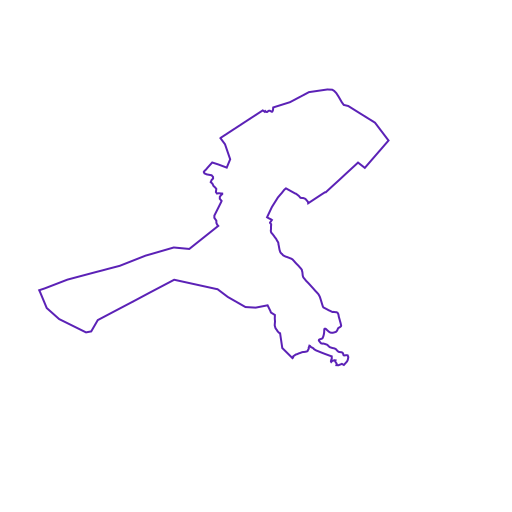 the district of Al Mashannah, Ibb, Yemen, rotated 132°
{"feature_id": "15242507B63315911635783", "entity_name": "Al Mashannah", "entity_type": "district", "adm_level": 2, "iso_a3": "YEM", "parent_name": "Yemen", "parent_adm1": "Ibb", "projection": "mercator", "projection_center": [44.185, 13.954], "detail": "fine", "context": "isolated", "style": "outline", "palette": "violet", "viewbox_px": 512, "rotation_deg": 132, "n_neighbors": 0, "source": "geoboundaries", "source_scale": "gbopen_adm2", "svg_char_len": 5852}
<svg xmlns="http://www.w3.org/2000/svg" viewBox="0 0 512 512"><g transform="rotate(132 256 256)"><path d="M82.8,287.8L85.0,291.9L84.3,295.2L82.3,301.3L81.2,305.4L81.0,308.3L81.4,310.6L84.5,314.4L98.8,326.3L119.0,333.7L132.2,341.5L134.1,342.6L135.8,341.3L136.5,340.9L137.8,340.5L138.1,340.6L138.3,340.9L138.4,341.4L138.5,341.7L138.7,342.7L138.9,343.1L139.7,343.8L140.2,343.9L141.2,344.0L141.7,344.2L142.1,345.0L142.1,346.1L143.0,346.0L143.3,348.4L156.7,352.0L191.7,361.3L192.2,361.3L193.7,353.8L201.4,339.9L209.9,336.9L213.2,345.3L215.8,351.1L218.4,351.1L222.8,351.1L225.3,351.0L227.2,351.2L228.5,351.0L229.1,349.6L228.3,347.2L225.7,343.0L226.0,340.8L227.2,339.7L228.9,339.9L231.4,339.1L231.4,336.8L232.4,334.4L232.4,332.2L232.7,330.4L235.3,328.6L235.7,326.8L234.2,325.6L233.2,324.2L232.2,322.9L232.6,322.5L234.4,322.7L236.2,322.5L237.7,321.2L238.1,318.4L239.6,317.9L245.7,316.2L253.8,314.0L255.5,312.5L256.3,309.1L257.9,307.6L258.7,305.8L258.9,304.2L295.4,310.3L304.7,322.8L325.0,335.4L329.6,338.3L352.1,349.5L354.5,350.7L364.8,357.5L369.6,360.6L374.1,363.6L386.2,371.5L399.7,380.3L421.4,391.3L426.5,394.2L427.3,392.3L434.7,376.7L434.6,360.1L426.5,331.2L422.3,328.0L409.5,330.7L391.0,323.9L369.9,316.1L354.4,310.5L328.4,300.9L324.8,294.6L307.0,263.3L306.4,262.4L305.3,249.5L301.0,229.7L294.6,221.7L284.9,214.4L287.2,208.6L288.0,207.1L287.2,202.5L288.0,201.8L289.8,200.3L292.1,197.9L292.7,197.5L294.9,195.8L295.5,195.0L296.6,193.2L296.8,192.4L297.1,190.8L297.4,190.0L297.6,188.6L297.6,187.0L297.3,186.4L301.6,181.2L306.8,174.9L307.5,160.6L307.3,160.6L306.9,160.5L306.6,160.5L306.4,160.7L306.4,161.0L306.2,161.1L305.7,161.2L305.0,161.1L304.5,160.9L303.9,160.8L303.4,160.7L302.9,160.5L302.3,160.4L302.0,160.1L301.6,159.9L301.2,159.6L300.6,159.4L299.9,159.1L299.5,158.9L298.7,158.4L297.3,157.7L296.7,157.4L296.1,157.0L295.6,156.5L295.4,156.3L295.0,155.9L294.6,155.6L294.4,155.4L294.2,155.3L293.8,155.0L293.3,154.6L293.0,154.4L292.8,154.3L292.6,154.2L292.3,154.2L292.0,154.1L291.7,154.2L291.3,154.4L290.9,154.5L290.6,154.5L290.3,154.6L290.0,154.7L289.6,154.8L289.4,154.9L289.2,155.1L289.0,155.4L288.8,155.5L288.6,155.6L288.3,155.7L288.1,155.8L287.9,155.8L287.4,156.0L287.1,156.2L286.9,156.3L286.7,155.8L286.9,154.1L286.5,152.9L286.3,152.0L286.2,151.5L286.4,150.9L286.4,150.6L286.3,150.0L286.1,148.8L285.9,148.0L285.8,147.7L285.4,146.7L284.4,143.9L283.5,141.5L282.7,139.4L280.9,134.9L279.9,132.6L281.7,130.9L282.4,130.8L283.1,130.4L284.0,130.0L284.3,129.6L284.4,129.2L283.8,129.2L282.8,129.1L282.6,128.9L281.0,128.0L280.7,127.6L280.4,127.1L281.2,126.9L281.7,125.5L281.9,124.5L282.3,123.7L283.3,123.2L282.1,121.7L279.0,120.1L278.7,120.0L278.2,117.8L273.4,117.8L271.8,118.3L269.4,119.7L268.5,121.4L269.0,122.2L269.8,123.0L270.3,123.4L270.8,123.8L271.1,124.3L271.1,124.6L270.9,125.0L270.6,125.5L270.3,125.9L270.1,126.2L270.1,126.6L270.1,127.1L270.1,127.6L270.3,128.0L270.8,128.7L271.1,129.1L271.5,129.7L271.8,130.2L271.9,130.5L272.0,131.0L272.0,131.5L272.0,132.2L271.9,133.2L271.8,133.9L271.8,134.7L271.9,135.0L272.1,135.4L272.3,136.1L273.0,137.2L273.6,138.4L274.1,139.6L274.4,140.3L274.4,140.8L274.4,142.0L274.3,143.2L274.4,143.9L274.7,144.6L275.2,145.8L275.5,146.4L276.0,147.4L276.3,147.7L276.6,147.9L277.0,148.6L277.3,149.0L277.3,149.3L277.3,149.9L277.1,151.2L276.9,152.3L276.8,152.5L276.7,152.8L276.4,153.0L276.1,153.1L275.9,153.0L275.5,153.0L275.2,152.8L274.0,152.1L273.5,151.8L272.8,151.6L272.3,151.6L271.8,151.8L270.7,152.2L269.7,152.7L268.9,153.1L268.0,153.7L267.1,154.3L266.1,155.1L265.4,155.7L264.6,156.3L264.2,156.3L263.8,156.1L263.7,155.9L263.6,155.7L263.5,155.3L263.4,154.8L263.5,154.2L263.5,153.1L263.5,151.4L263.3,150.1L263.1,149.4L262.7,148.8L261.9,147.8L261.3,147.3L260.7,146.9L260.0,146.5L259.4,146.1L258.8,145.8L257.4,145.8L256.6,146.0L255.5,146.4L255.1,146.5L254.7,146.6L254.4,146.6L254.1,146.5L253.7,146.4L253.2,146.2L252.9,146.1L252.5,146.0L252.0,145.9L251.5,145.9L251.2,145.9L250.8,146.1L250.5,146.5L250.0,147.2L249.5,147.9L248.9,148.8L248.1,150.1L247.3,151.3L246.5,152.6L245.8,153.7L245.3,154.4L244.7,155.1L244.0,156.2L243.8,156.9L243.6,157.5L243.7,157.8L243.8,158.1L244.0,158.7L244.3,159.0L245.7,161.0L245.8,161.0L246.5,161.8L246.9,163.2L247.4,164.9L247.7,165.7L248.1,167.6L248.3,168.2L248.4,168.8L248.7,169.9L249.1,171.4L248.9,172.3L248.4,173.2L247.4,174.9L245.7,177.7L244.8,179.2L243.7,181.1L243.1,182.6L242.9,183.2L242.6,184.2L242.5,184.9L242.5,185.5L242.4,185.9L242.2,188.7L241.8,191.9L241.6,194.0L241.4,195.9L241.1,199.0L240.9,202.5L240.8,202.9L240.5,204.6L240.4,205.6L240.2,206.5L240.1,206.8L239.7,207.5L239.1,208.4L237.9,209.7L236.9,210.8L236.5,211.5L236.0,212.2L235.6,212.7L235.3,214.0L235.2,214.9L235.0,216.7L234.9,217.3L234.8,218.4L234.7,220.6L234.6,221.8L234.5,222.9L234.5,223.2L234.4,223.4L234.2,225.6L234.1,226.7L234.3,227.5L234.4,228.1L234.6,228.5L235.3,230.4L235.4,230.8L235.6,231.1L235.8,231.8L236.1,232.5L236.4,233.1L236.7,233.8L237.0,234.9L237.1,235.4L237.3,236.0L237.3,236.6L237.3,236.8L237.1,237.9L237.2,238.8L237.1,239.6L236.9,240.5L236.4,241.4L235.7,242.6L234.4,244.3L233.3,245.7L232.5,246.8L232.1,247.4L231.5,247.9L231.1,248.6L230.7,249.7L230.6,250.4L230.5,250.6L229.8,252.5L229.6,253.6L229.4,254.8L229.1,255.9L228.9,257.0L228.6,258.6L228.6,258.9L228.5,259.4L228.5,259.7L228.4,260.4L227.9,261.2L227.2,262.0L225.9,262.9L224.6,264.1L223.3,265.2L222.9,265.4L222.2,266.1L222.1,267.4L221.8,267.9L218.6,268.3L218.7,269.3L219.5,272.0L219.8,273.7L209.2,276.9L208.2,277.1L197.8,278.9L194.0,279.0L192.0,279.0L187.9,279.3L185.7,279.0L183.3,268.6L183.0,268.1L182.8,266.2L182.7,264.2L183.0,261.9L182.1,260.6L181.2,259.5L180.5,257.5L180.8,255.1L181.0,253.6L181.9,252.5L179.9,252.0L166.5,248.5L162.5,247.4L162.0,246.8L153.4,246.0L144.4,245.1L138.8,244.6L135.4,244.3L122.7,243.1L118.3,242.7L117.7,234.1L102.4,234.4L81.5,234.8L79.1,247.4L77.3,256.8L80.4,274.1L82.8,287.8Z" fill="none" stroke="#5b21b6" stroke-width="2"/></g></svg>